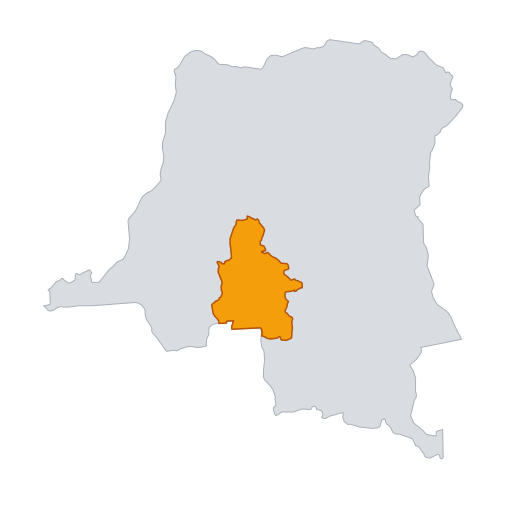 where Kasaï-Occidental sits in Democratic Republic of the Congo, rotated 357°
{"feature_id": "COD-1872", "entity_name": "Kasaï-Occidental", "entity_type": "Province", "adm_level": 1, "iso_a3": "COD", "parent_name": "Democratic Republic of the Congo", "parent_adm1": "", "projection": "orthographic", "projection_center": [21.465, -5.12], "detail": "fine", "context": "in_parent", "style": "filled", "palette": "amber", "viewbox_px": 512, "rotation_deg": 357, "n_neighbors": 0, "source": "natural_earth", "source_scale": "10m", "svg_char_len": 9461}
<svg xmlns="http://www.w3.org/2000/svg" viewBox="0 0 512 512"><g transform="rotate(357 256 256)"><path d="M456.8,349.9L415.5,356.0L416.3,358.3L415.9,360.8L414.8,362.7L410.5,367.9L404.2,372.6L404.1,373.7L407.1,379.0L409.0,386.3L408.2,399.1L408.9,402.6L408.7,405.2L406.6,408.2L402.1,423.5L404.7,431.0L412.6,438.0L417.1,443.2L425.0,445.1L426.3,444.9L427.0,440.6L433.3,439.0L432.4,466.3L431.9,467.9L430.8,468.2L429.3,467.3L428.9,464.7L427.2,463.5L419.4,466.8L417.5,466.7L415.4,466.1L413.8,464.7L413.4,462.6L408.2,454.6L405.6,454.0L402.7,446.8L390.6,441.5L386.0,441.0L383.5,439.4L381.2,433.7L377.2,430.0L376.4,426.0L375.6,425.4L373.1,426.2L370.8,432.6L368.0,434.1L363.0,434.2L350.4,432.2L341.4,428.9L339.1,429.1L335.5,426.1L334.1,421.2L335.0,417.4L334.3,416.9L320.5,420.0L317.1,421.9L314.0,421.4L313.1,420.3L314.5,417.7L313.8,414.9L312.8,413.6L308.7,412.5L307.5,409.5L305.0,409.0L304.2,409.5L303.5,411.5L302.0,412.2L293.8,411.2L285.2,413.8L273.7,413.1L268.2,416.3L267.4,416.2L266.2,414.6L265.2,409.4L265.8,408.0L267.5,407.0L268.1,404.9L267.5,399.5L268.0,398.2L267.4,395.1L265.7,390.2L263.3,386.2L258.1,380.1L257.1,377.2L257.5,370.5L259.2,359.7L259.0,351.7L256.9,346.5L256.4,341.0L257.8,330.9L256.4,328.5L230.0,327.7L228.9,326.9L228.4,325.5L229.6,319.6L213.5,321.1L208.7,322.3L205.7,324.7L204.8,327.8L204.7,332.1L202.3,336.3L201.6,343.3L197.2,344.1L192.7,344.2L184.2,342.7L175.9,344.7L171.8,346.7L169.6,345.8L162.2,346.5L161.2,346.0L152.5,332.1L148.7,327.5L147.9,325.3L148.2,323.1L147.1,320.2L143.1,313.1L142.3,309.8L142.4,304.6L142.0,302.8L138.3,298.3L135.9,296.9L133.3,296.1L90.4,297.1L76.2,296.4L65.9,297.2L60.6,296.9L59.2,296.2L54.5,297.2L52.0,299.2L48.3,300.2L46.0,299.8L41.5,294.7L47.6,293.7L48.0,293.2L48.2,280.8L46.6,279.1L49.8,276.9L54.9,271.4L60.0,269.3L60.7,268.2L61.8,268.3L63.6,270.5L68.1,273.5L73.5,270.8L74.1,270.0L74.7,264.7L76.1,264.2L78.4,265.3L79.7,265.3L82.1,263.8L89.1,261.0L91.1,264.4L89.3,267.5L90.1,269.7L90.4,273.1L91.5,273.8L97.0,274.1L98.6,273.3L109.5,261.0L112.3,259.5L116.9,254.7L123.0,252.4L125.6,248.6L129.1,241.7L130.7,231.9L130.0,214.8L130.5,212.5L137.9,204.8L145.5,190.9L150.6,187.2L154.5,185.7L160.5,180.6L165.2,175.5L164.6,169.3L165.7,164.2L168.3,157.7L169.1,150.9L168.2,143.7L168.6,137.8L172.1,128.4L172.5,117.6L175.7,108.6L182.0,97.1L185.0,88.6L184.4,80.2L185.3,74.0L185.0,70.4L183.8,67.2L184.4,65.2L186.8,64.4L189.8,61.3L195.2,53.0L201.0,49.0L205.0,47.7L209.2,47.8L211.9,48.5L216.3,51.8L221.3,54.3L225.1,57.5L228.8,62.5L237.8,63.6L241.6,65.4L244.0,66.1L244.9,65.6L246.7,65.9L251.0,67.4L254.3,66.5L271.0,69.8L272.8,68.2L277.5,59.6L280.9,56.7L286.6,56.4L291.1,58.1L293.4,58.1L313.8,50.8L316.4,50.4L323.8,52.2L328.6,51.1L330.6,51.4L334.7,50.2L338.1,45.0L340.9,43.8L370.1,49.6L374.6,46.9L376.7,46.6L383.2,48.7L385.2,51.8L389.1,54.6L391.9,59.1L396.3,61.7L398.5,64.1L401.0,65.8L406.3,66.4L413.0,62.5L417.8,62.9L422.6,65.2L424.2,65.1L427.8,62.8L429.6,60.3L431.5,59.8L434.3,60.9L436.6,63.3L438.7,66.8L446.0,74.6L453.0,78.0L454.8,82.7L457.4,82.3L458.7,82.8L460.5,85.8L461.8,86.4L462.0,87.6L460.3,90.5L458.7,95.8L460.9,99.2L459.1,104.0L458.2,109.0L460.5,110.3L463.5,110.2L466.2,112.9L468.3,113.3L470.5,116.1L470.0,118.4L463.1,126.4L452.8,136.3L449.3,137.5L447.5,139.3L446.2,142.2L443.1,144.6L440.8,145.6L440.6,152.8L437.1,160.3L435.8,161.8L433.9,174.0L434.2,176.1L432.3,186.1L432.6,195.3L427.5,198.2L424.0,202.7L422.5,205.9L422.5,213.5L416.7,218.1L416.3,219.1L417.7,224.5L419.8,225.3L419.8,227.1L424.5,233.0L424.0,250.6L424.3,252.4L426.7,256.6L428.2,264.6L426.3,274.8L432.4,293.6L429.4,300.4L430.7,306.9L434.4,313.9L443.1,320.7L445.4,323.6L447.6,327.3L449.5,333.2L456.8,349.9Z" fill="#d9dde1" stroke="#a8b0b8" stroke-width="1"/><path d="M228.1,327.9L228.0,325.7L228.2,324.6L230.1,319.5L223.8,319.5L223.5,319.5L223.4,319.7L223.2,320.0L223.1,320.3L223.0,321.1L223.0,321.4L215.5,321.4L215.3,319.3L215.0,318.3L214.8,317.9L214.5,317.3L212.0,314.3L210.7,312.1L210.2,311.2L209.3,303.2L209.3,302.9L209.5,302.2L209.9,301.9L210.3,301.5L210.5,301.2L211.1,300.9L211.3,300.8L211.6,300.5L212.0,300.3L212.3,300.0L212.7,299.5L213.2,299.4L213.4,299.2L213.7,298.8L213.9,298.8L214.2,298.9L214.4,298.8L214.6,298.5L214.8,298.4L215.3,298.5L215.5,298.4L215.9,298.1L216.3,297.9L216.4,297.7L216.7,297.4L216.8,297.3L217.0,296.6L217.1,296.4L217.3,295.9L217.5,295.7L218.2,295.4L218.6,295.2L219.0,294.1L219.2,293.9L219.4,293.7L219.7,293.4L219.9,293.1L220.1,292.5L220.1,291.8L220.3,291.5L220.3,291.2L220.4,290.8L220.3,290.0L220.1,289.7L220.0,289.3L219.7,288.8L219.6,288.6L219.6,284.3L219.7,283.8L220.0,283.3L220.2,282.5L220.5,282.3L220.6,282.2L220.6,279.6L220.5,279.4L220.3,278.6L220.2,278.3L220.1,278.0L220.0,277.6L219.9,277.4L219.6,277.2L219.5,276.9L219.4,276.6L219.5,276.2L219.6,275.9L218.9,275.0L218.7,274.7L218.7,274.4L218.4,272.8L218.2,272.4L218.1,271.7L217.9,271.3L217.6,271.0L217.5,270.7L217.4,269.9L217.4,269.0L217.5,268.9L217.6,268.7L217.7,267.7L217.6,267.2L217.7,266.8L218.0,265.9L218.4,265.5L218.5,265.4L218.9,264.8L218.9,264.7L218.7,264.4L218.4,264.1L218.2,263.7L218.2,263.1L217.9,262.6L217.6,261.9L217.2,261.5L217.2,261.4L217.1,261.2L217.0,260.3L217.0,259.9L217.2,259.6L217.5,259.7L218.7,259.6L219.2,259.7L219.9,260.5L220.4,260.8L220.8,260.6L221.2,260.9L221.4,261.2L221.9,261.9L222.2,262.2L222.5,262.2L222.8,262.1L223.3,262.0L223.6,262.1L223.8,262.2L224.2,261.9L224.3,261.7L224.3,261.0L224.5,260.5L224.7,260.0L225.1,259.7L225.6,259.5L226.0,259.8L226.2,259.7L226.3,259.6L226.3,259.2L226.6,259.1L227.0,259.1L227.9,258.9L228.9,258.5L229.7,258.1L230.4,257.5L230.6,257.0L230.8,256.8L231.1,256.8L231.1,256.7L231.4,256.3L231.5,255.9L231.5,255.5L231.3,251.6L231.1,250.3L231.2,247.6L230.7,242.2L231.0,238.1L231.2,237.0L235.2,226.8L236.0,225.6L237.1,224.5L237.4,224.1L237.7,223.6L237.8,223.2L237.9,222.9L237.8,222.0L237.9,221.5L238.0,221.1L238.1,220.8L238.9,219.1L242.9,219.6L244.6,219.6L245.3,219.6L246.1,219.3L248.2,218.9L248.8,218.7L249.1,218.4L249.3,216.1L249.4,215.8L249.5,215.7L250.6,216.2L251.1,216.3L251.4,216.3L251.7,216.8L252.2,217.2L252.4,217.3L252.5,217.4L253.3,217.5L253.7,217.9L254.2,218.3L255.2,218.8L255.6,218.8L255.8,218.9L256.4,219.4L257.3,219.8L257.6,219.9L258.9,219.3L259.1,219.1L260.3,220.2L260.7,220.8L260.9,222.2L261.1,222.8L261.3,223.4L261.5,223.7L261.7,224.0L262.2,224.4L265.0,228.2L265.3,228.9L265.6,229.6L265.8,230.4L265.8,230.7L265.8,231.1L264.0,236.2L262.9,238.1L262.8,238.4L262.6,239.3L262.5,239.7L262.4,240.0L262.2,240.4L262.0,240.7L261.2,241.5L260.9,242.1L260.9,243.8L261.0,244.5L261.1,244.9L261.3,245.2L261.6,245.5L262.0,245.7L263.6,246.1L263.9,246.2L264.2,246.4L264.4,246.6L264.8,247.2L265.9,250.1L265.9,250.6L265.9,250.9L265.7,251.2L265.4,251.3L264.8,251.3L264.0,251.2L263.7,251.2L263.1,251.3L262.8,251.4L262.5,251.6L262.3,251.7L262.1,252.0L261.9,252.2L261.8,252.6L262.2,252.6L263.3,252.8L263.5,252.9L263.6,253.2L263.9,253.5L264.2,253.8L264.4,254.0L264.8,254.0L265.3,254.0L265.8,253.9L266.3,253.5L267.9,253.2L268.1,253.1L268.3,253.3L269.9,255.1L270.4,255.9L271.0,256.5L272.6,257.8L273.1,258.0L274.3,258.5L275.6,259.2L276.7,260.0L278.9,262.2L280.4,264.1L280.6,264.4L280.9,264.5L281.3,264.6L281.8,264.7L282.9,264.7L284.5,265.1L286.0,265.2L286.3,265.3L286.7,265.5L287.2,266.0L287.4,266.3L287.5,266.7L288.0,269.0L288.0,269.5L288.0,270.1L287.9,270.4L287.7,270.6L287.4,270.8L287.1,271.0L284.1,271.7L283.7,272.0L283.1,272.9L283.0,273.4L282.9,274.0L283.0,275.0L283.1,275.5L283.2,275.8L283.5,276.1L285.3,277.4L287.6,279.5L289.0,281.3L289.3,281.6L289.6,281.8L289.9,281.9L290.5,281.8L290.8,281.7L292.9,281.0L293.2,281.0L293.4,281.0L293.6,281.2L293.8,281.5L294.0,281.9L294.2,282.2L294.5,282.3L296.5,283.0L298.6,284.1L299.5,284.5L299.9,284.7L300.3,285.1L300.5,285.4L300.6,285.8L300.6,289.7L300.5,290.0L300.3,290.1L300.1,290.2L299.3,290.1L299.1,290.1L298.8,290.2L297.9,290.8L297.3,291.0L295.8,291.6L295.5,291.7L295.3,291.9L295.1,292.1L294.8,292.5L294.6,292.8L294.4,293.0L294.1,293.1L293.5,293.3L293.2,293.4L292.9,293.4L292.6,293.1L292.6,292.9L292.7,292.3L292.7,292.1L292.3,292.0L290.9,292.7L290.2,292.9L287.2,293.3L284.8,293.3L284.3,293.4L283.9,293.6L283.7,293.7L283.5,293.9L283.2,294.5L282.9,295.3L282.9,295.5L282.9,298.4L283.2,299.5L283.4,300.2L283.7,300.7L284.0,301.1L284.4,301.6L285.5,302.5L285.8,302.9L285.9,303.3L285.9,303.6L285.7,303.9L285.4,304.3L284.9,305.1L284.8,305.5L284.5,307.4L284.3,308.0L283.9,309.0L282.4,311.7L282.3,312.1L282.2,312.5L282.3,313.1L282.4,313.5L282.5,313.8L282.7,314.1L283.0,314.2L283.9,314.8L284.3,315.2L284.7,315.8L285.4,316.9L285.6,317.2L285.8,317.5L286.0,317.7L286.7,318.0L287.5,318.3L287.8,318.5L288.4,318.9L289.0,319.7L289.1,319.9L289.3,320.2L289.3,320.5L289.3,320.8L288.3,323.3L288.3,323.7L288.2,324.0L288.2,324.5L288.4,325.1L288.5,325.8L288.4,327.0L288.4,327.7L288.6,328.8L288.6,329.4L288.6,330.0L288.0,333.0L287.3,339.5L285.8,340.4L282.5,341.6L281.5,341.8L281.0,341.8L280.6,341.7L279.9,341.5L279.4,341.4L278.2,341.4L277.8,341.4L277.5,341.3L277.2,341.2L276.7,340.8L276.6,340.7L276.4,340.3L276.1,338.8L276.0,338.5L275.8,338.2L275.6,338.0L275.2,337.7L274.9,337.7L274.7,337.7L274.5,337.9L273.4,338.8L272.9,339.0L272.2,339.2L266.9,339.6L265.4,339.5L263.1,338.9L261.9,338.4L261.7,338.2L260.8,337.4L260.6,337.2L257.4,336.0L257.5,335.7L257.6,335.3L257.7,335.1L258.0,334.8L258.1,334.6L258.1,333.8L258.0,333.6L257.9,333.3L257.9,333.0L258.0,332.8L258.2,332.3L258.2,332.0L258.2,331.9L257.9,331.7L257.9,331.4L258.0,331.2L258.0,330.8L257.7,330.5L257.6,330.2L257.7,329.9L257.8,329.7L257.6,329.4L257.0,328.3L256.9,328.1L256.6,328.0L256.5,327.9L228.1,327.9Z" fill="#f59e0b" stroke="#b45309" stroke-width="1.5"/></g></svg>